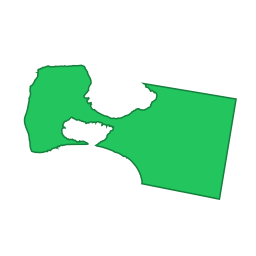 Biedma, Chubut, Argentina, rotated 192°
{"feature_id": "61730980B40140971915743", "entity_name": "Biedma", "entity_type": "district", "adm_level": 2, "iso_a3": "ARG", "parent_name": "Argentina", "parent_adm1": "Chubut", "projection": "albers", "projection_center": [-64.415, -42.44], "detail": "fine", "context": "isolated", "style": "filled", "palette": "green", "viewbox_px": 256, "rotation_deg": 192, "n_neighbors": 0, "source": "geoboundaries", "source_scale": "gbopen_adm2", "svg_char_len": 5936}
<svg xmlns="http://www.w3.org/2000/svg" viewBox="0 0 256 256"><g transform="rotate(192 128 128)"><path d="M70.4,177.0L121.9,174.7L121.3,174.4L120.4,174.6L120.1,174.4L119.5,173.8L119.7,173.5L119.3,173.1L119.4,172.8L119.1,172.6L119.0,171.9L118.2,171.9L118.0,171.7L117.3,171.9L116.9,171.8L114.8,170.3L113.9,169.3L113.6,168.7L113.2,168.8L112.6,169.7L111.9,169.7L109.6,168.1L109.4,168.5L108.5,168.5L107.3,167.4L106.9,166.8L106.4,165.5L106.4,162.3L106.7,161.7L108.0,160.0L109.9,158.4L110.0,157.3L110.6,155.2L110.3,154.9L110.4,154.3L110.8,153.2L111.3,152.6L112.2,152.3L113.0,151.2L113.9,150.4L116.1,148.9L119.6,148.4L120.5,148.6L121.2,149.1L121.5,149.1L122.4,148.9L123.4,148.1L123.9,148.1L124.0,147.7L124.4,147.0L125.1,146.5L125.8,146.3L126.0,145.7L127.6,144.4L128.4,142.8L130.0,141.2L131.5,140.1L133.4,139.2L134.0,138.5L136.6,136.5L138.0,135.9L139.7,135.6L140.2,135.4L140.5,135.0L141.5,134.6L144.4,134.6L145.1,134.1L146.6,133.9L151.5,135.2L152.0,134.9L152.8,134.9L155.8,135.5L161.2,137.0L164.8,139.0L165.2,138.6L165.9,138.6L166.6,138.9L167.8,139.7L169.2,141.6L169.3,142.4L169.1,142.6L168.9,143.0L169.0,143.0L169.2,143.5L169.3,143.5L169.1,144.8L169.3,145.1L169.7,145.0L170.2,144.5L170.6,144.5L170.6,144.2L171.4,143.9L171.6,143.6L172.1,143.9L172.1,144.1L172.7,144.4L173.6,145.6L173.8,146.4L173.1,147.2L172.9,147.9L172.5,148.4L172.4,148.9L172.7,148.9L172.9,149.2L173.2,148.8L174.1,148.9L174.9,148.4L176.1,148.5L176.7,148.6L177.5,149.4L177.8,150.0L177.8,150.4L177.1,151.3L176.7,152.5L176.3,152.9L176.0,154.0L175.4,154.4L175.2,155.5L174.9,155.8L174.4,156.6L174.6,156.8L174.8,158.3L174.8,160.0L174.1,162.3L173.6,163.2L173.5,164.1L174.1,166.5L175.2,168.6L177.9,171.6L178.4,172.6L179.1,173.4L179.2,174.2L181.4,176.5L182.3,177.1L182.5,178.0L183.1,178.4L183.4,179.0L184.8,179.4L186.7,179.6L190.3,178.4L195.0,177.5L195.8,176.9L196.4,176.9L196.8,176.6L198.5,176.2L198.8,176.3L199.0,176.0L200.2,175.6L201.6,175.4L202.9,175.6L204.0,174.8L206.6,174.6L207.3,174.2L208.9,173.7L209.4,173.8L210.4,173.3L211.0,173.4L211.5,173.1L212.2,173.2L212.4,172.8L214.0,172.2L217.5,171.7L218.3,171.8L218.4,172.1L219.0,172.0L219.6,171.8L220.2,171.1L221.0,171.0L221.8,170.1L223.1,169.7L223.7,169.7L223.8,169.6L223.8,169.2L224.8,168.6L225.1,168.0L225.9,168.0L226.4,167.2L227.0,166.9L227.4,167.0L227.9,166.5L227.7,166.3L228.0,165.6L227.9,165.2L227.6,164.8L227.5,164.2L227.6,163.7L227.9,163.5L227.6,163.5L227.3,163.0L227.3,161.6L227.4,161.2L227.0,160.6L227.0,159.9L227.2,159.2L227.2,158.8L227.9,157.5L228.4,156.3L228.7,156.0L229.1,154.7L229.0,154.0L229.8,152.2L230.2,150.5L230.6,150.0L231.9,148.9L232.2,148.0L231.8,147.3L232.0,146.4L231.7,145.3L231.6,143.7L231.0,143.0L230.4,140.9L230.4,138.3L230.5,137.7L230.9,136.8L230.9,136.0L230.8,135.7L230.5,135.5L230.5,134.9L230.4,134.5L230.2,125.7L230.5,121.0L231.0,118.6L231.1,115.4L230.5,112.6L229.6,110.4L227.8,107.2L224.4,102.2L223.0,99.2L222.5,97.8L222.1,96.0L221.1,94.2L220.2,90.8L219.1,87.9L217.4,85.3L216.2,85.0L215.4,85.1L213.4,84.9L210.5,85.5L209.7,85.5L207.2,86.2L206.0,86.6L205.0,87.3L204.3,87.5L202.3,88.5L202.0,88.4L202.0,88.6L201.8,88.6L201.7,88.8L201.8,89.2L201.3,89.6L200.7,89.7L200.3,89.9L199.4,89.7L199.0,90.2L198.9,90.7L198.4,91.0L198.2,91.3L198.1,91.7L197.4,92.4L195.9,93.0L195.1,93.6L193.9,93.6L194.1,94.1L193.4,94.5L193.1,94.3L193.3,94.7L193.2,94.8L193.2,95.1L192.9,95.4L192.1,95.8L191.7,95.7L191.6,95.4L191.4,95.5L191.4,95.9L190.9,96.2L190.9,96.5L189.8,97.2L189.1,97.4L188.8,97.2L187.8,97.8L187.1,97.8L186.0,98.5L183.8,99.3L174.2,101.5L169.3,102.5L165.0,103.5L163.3,104.2L164.0,104.2L165.0,104.9L165.9,104.9L166.8,105.2L167.4,105.5L168.2,105.5L169.0,105.8L169.4,105.4L170.2,105.5L171.0,104.9L172.5,105.2L172.4,104.6L172.7,104.3L174.0,104.3L174.1,103.9L174.6,103.9L174.8,103.7L175.4,103.9L176.3,104.6L176.3,104.8L176.1,105.0L176.6,104.7L177.1,104.6L177.5,104.9L178.2,104.7L179.1,105.1L179.4,104.9L180.1,105.4L180.6,105.1L182.1,104.8L182.6,104.4L183.1,104.4L184.1,104.8L184.2,104.4L184.5,104.4L185.4,104.7L186.9,105.8L187.6,105.7L188.4,106.0L189.3,107.0L189.6,107.0L190.0,107.2L190.7,108.4L191.1,108.6L191.5,109.4L192.2,111.6L192.4,113.0L192.2,113.5L191.9,114.4L191.6,114.6L191.2,114.6L190.9,115.1L190.2,115.0L190.3,115.1L190.1,115.4L190.9,115.5L191.6,116.4L192.0,116.6L192.3,116.5L192.5,117.0L192.5,117.6L192.1,118.5L191.7,120.3L191.2,121.3L190.3,121.6L189.8,122.1L189.4,122.2L188.9,123.0L187.6,123.7L186.8,125.2L185.7,126.6L185.2,126.8L184.0,126.6L183.9,126.2L183.2,126.0L181.7,125.8L181.4,125.7L180.7,125.3L179.9,125.5L179.5,125.1L178.4,125.7L177.5,125.9L176.7,125.3L175.4,125.4L174.7,125.0L173.5,125.2L173.1,124.9L171.0,125.0L170.7,124.8L170.3,124.0L170.0,123.7L169.6,123.9L169.3,124.4L168.9,124.7L168.4,124.8L168.2,124.6L167.7,124.7L167.6,124.9L167.3,125.0L167.4,125.3L167.2,125.5L165.6,126.3L164.6,126.3L164.0,125.8L163.4,126.1L163.1,126.5L162.8,126.7L162.2,126.6L161.0,126.9L160.6,126.9L160.5,126.6L160.4,127.0L160.0,127.1L159.8,127.5L159.0,127.9L158.5,127.9L157.3,127.8L156.8,127.4L155.5,127.8L154.7,127.7L154.0,126.9L154.0,126.4L154.3,125.6L154.0,125.1L153.5,125.6L153.5,126.5L152.9,126.8L151.3,126.5L150.3,126.5L149.4,126.2L149.2,125.5L149.0,126.3L147.8,127.0L146.6,126.6L146.3,126.1L146.4,125.8L145.9,125.8L145.8,126.1L145.5,126.1L145.3,126.4L144.7,126.4L143.9,126.1L143.2,126.4L142.8,126.1L142.5,125.7L142.8,125.3L142.5,125.3L142.4,125.0L142.3,123.6L142.4,122.7L143.0,122.2L143.7,122.0L144.4,121.5L144.7,120.8L144.5,120.0L144.6,119.6L145.9,118.2L146.6,117.0L146.9,115.9L146.7,114.6L146.9,114.0L147.6,112.3L149.0,110.7L150.5,109.9L150.5,109.5L150.9,109.2L152.0,108.8L152.2,107.9L153.5,106.9L154.4,105.5L155.8,104.3L155.0,104.0L149.2,104.0L142.8,103.3L138.0,102.5L135.5,101.6L133.5,101.7L131.8,101.4L129.0,100.5L126.5,99.3L126.1,99.6L125.5,99.7L123.9,99.4L123.1,99.0L123.0,98.6L122.7,98.8L122.1,98.7L119.5,97.5L117.3,96.2L112.6,92.5L110.6,90.6L107.8,87.3L105.7,84.2L103.7,80.1L103.0,78.1L102.8,76.9L102.9,76.4L23.8,77.4L28.3,178.8L70.4,177.0Z" fill="#22c55e" stroke="#15803d" stroke-width="1.5"/></g></svg>